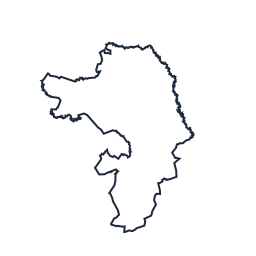 Gramzdas pag., Priekules, Latvia, rotated 236°
{"feature_id": "27541924B36591248558487", "entity_name": "Gramzdas pag.", "entity_type": "district", "adm_level": 2, "iso_a3": "LVA", "parent_name": "Latvia", "parent_adm1": "Priekules", "projection": "mercator", "projection_center": [21.675, 56.36], "detail": "fine", "context": "isolated", "style": "outline", "palette": "slate", "viewbox_px": 256, "rotation_deg": 236, "n_neighbors": 0, "source": "geoboundaries", "source_scale": "gbopen_adm2", "svg_char_len": 5914}
<svg xmlns="http://www.w3.org/2000/svg" viewBox="0 0 256 256"><g transform="rotate(236 128 128)"><path d="M55.4,117.7L58.5,119.6L65.4,122.2L64.7,123.6L64.3,126.5L65.8,127.3L65.6,128.7L66.0,129.6L64.7,130.2L64.4,131.0L63.5,130.8L63.2,131.4L62.0,134.7L60.4,140.9L65.9,144.2L73.1,146.8L73.8,153.5L76.3,151.3L76.7,150.4L82.9,150.9L84.8,156.8L87.1,159.4L86.4,160.4L86.5,162.5L85.6,163.3L84.6,165.3L85.1,167.2L85.1,169.8L84.1,172.8L85.2,174.2L84.3,175.2L84.4,176.3L85.4,176.1L86.2,176.7L86.2,177.9L85.5,178.0L85.7,178.5L86.5,178.3L87.0,178.9L87.6,178.4L87.7,179.0L88.5,178.9L88.6,178.5L88.2,178.0L89.8,177.6L90.6,178.5L91.3,178.4L91.5,179.0L92.4,178.9L93.3,179.5L93.5,179.3L93.3,178.8L92.6,178.5L93.6,177.2L95.4,177.3L96.0,176.7L98.5,178.3L99.1,177.6L100.0,177.5L100.0,177.0L100.3,177.6L101.1,177.5L101.1,178.0L102.0,177.9L102.4,178.6L102.8,177.9L103.0,178.6L103.9,178.5L104.7,180.3L105.0,180.0L104.8,179.6L105.6,180.1L106.9,179.2L106.9,179.8L107.5,179.6L107.2,180.0L108.5,181.4L109.2,181.1L109.5,180.3L109.9,180.7L109.8,180.0L110.1,179.5L110.7,179.9L111.2,179.4L111.5,179.9L112.4,179.4L112.7,179.6L112.3,179.8L112.6,180.4L113.4,180.3L113.9,179.7L113.6,178.7L114.8,178.7L115.1,178.9L114.3,179.2L114.5,180.0L114.3,181.1L116.6,181.1L116.4,181.5L117.1,181.9L116.7,182.3L117.7,183.0L116.8,183.4L117.2,183.7L118.7,183.9L119.3,183.3L119.9,184.2L120.6,184.1L120.9,183.8L121.0,182.7L121.8,183.3L121.8,182.8L122.7,182.7L123.3,183.5L124.2,183.5L124.1,184.0L124.6,184.4L124.2,184.6L124.8,185.2L126.6,185.6L127.0,186.4L126.9,187.0L127.4,187.5L129.2,186.9L128.7,186.2L129.3,185.6L131.7,186.8L132.0,186.6L131.8,186.1L133.5,185.9L133.7,186.7L134.4,187.3L136.1,188.0L136.2,188.7L137.8,188.7L138.0,189.1L136.9,190.1L137.7,190.6L139.3,190.5L139.7,191.5L139.3,191.9L139.6,192.9L140.5,192.3L140.5,193.6L141.1,193.4L141.8,194.7L143.2,194.6L143.8,195.9L145.5,195.3L145.7,194.9L145.1,194.5L145.9,194.0L145.9,193.4L147.9,193.2L148.8,193.9L149.6,193.2L149.3,192.7L149.5,192.4L150.8,193.7L151.7,193.9L152.7,193.4L153.8,195.4L154.3,195.3L153.9,194.2L155.3,195.1L156.8,194.8L156.3,193.7L156.5,193.4L158.5,195.7L159.1,195.2L160.0,195.3L160.4,194.6L161.3,194.9L161.0,193.7L161.6,193.2L162.7,193.6L163.1,193.1L162.7,192.7L163.0,192.4L165.1,192.1L167.7,192.7L167.2,193.1L168.3,193.7L168.1,193.0L169.0,193.4L169.4,192.8L169.9,193.5L170.6,193.4L170.2,192.8L170.5,192.3L172.2,192.8L172.5,191.7L174.9,193.2L175.3,192.9L174.9,192.0L175.8,191.5L177.6,191.9L178.1,192.6L178.5,192.3L181.5,193.0L181.9,192.7L181.9,192.1L183.3,192.8L184.4,192.0L184.8,190.4L184.0,189.3L185.1,188.5L184.8,186.9L185.0,186.7L184.8,186.5L185.0,186.2L184.7,185.3L184.9,184.3L185.6,184.0L185.2,183.7L185.8,183.2L187.6,183.4L189.4,182.1L190.1,182.4L189.9,181.8L190.8,181.2L191.5,178.4L191.9,178.2L191.7,177.3L192.8,177.1L193.0,176.4L193.8,175.8L193.9,174.7L194.3,174.4L193.9,173.8L194.6,172.5L195.7,172.1L195.6,170.2L196.1,170.5L196.4,169.7L196.9,170.1L198.2,169.1L199.3,169.1L199.2,168.5L199.4,167.7L200.3,167.2L200.5,166.0L201.8,165.5L201.7,165.2L202.2,165.1L202.4,164.4L203.7,164.6L204.1,164.1L203.8,163.8L204.2,163.8L204.4,163.1L205.5,163.2L205.4,162.2L206.9,162.8L207.6,160.8L208.1,160.7L207.9,160.4L208.4,159.9L209.1,159.8L208.8,158.4L209.4,156.5L208.0,156.4L206.7,154.1L203.4,155.4L202.2,156.8L199.3,154.9L201.7,153.1L201.8,152.4L203.2,150.7L205.8,152.1L206.2,150.1L206.2,146.7L203.8,146.4L199.1,144.8L196.5,141.3L197.7,138.7L194.1,134.2L192.0,133.4L191.3,133.8L191.2,135.3L190.6,136.5L188.2,131.7L188.9,130.9L188.3,129.7L188.2,129.0L191.4,123.2L191.6,121.8L192.9,120.8L192.9,119.6L193.7,118.5L193.2,117.9L194.1,117.5L194.4,118.5L195.2,118.3L195.4,117.0L196.5,116.5L195.0,114.2L196.6,113.6L197.0,111.9L195.8,111.6L196.1,110.1L208.0,101.0L207.5,98.9L210.3,97.6L215.0,92.7L217.3,92.6L218.1,92.1L215.7,86.2L215.2,84.2L215.5,82.8L214.8,83.1L213.0,81.8L212.1,82.1L212.4,81.5L211.1,80.9L211.2,81.9L210.9,82.0L210.4,81.3L210.7,80.3L209.5,80.4L209.4,79.9L209.7,79.6L208.8,79.4L207.3,79.6L207.4,79.3L206.9,79.2L206.9,78.6L204.7,79.9L203.1,79.4L203.3,79.9L203.1,80.0L202.5,79.3L201.9,80.0L200.9,79.4L200.0,79.8L199.9,80.3L198.1,80.6L197.8,81.6L197.1,81.4L191.7,87.3L188.5,87.5L184.6,81.8L184.3,81.3L184.5,80.7L183.6,78.8L186.3,74.9L185.5,74.5L184.8,73.2L184.2,73.4L183.9,74.1L183.2,73.8L183.0,72.8L183.9,72.6L183.3,71.9L181.4,72.5L181.3,73.1L181.9,74.0L181.3,74.3L178.6,72.8L178.3,73.5L176.8,73.8L176.1,74.6L176.6,75.3L176.6,75.8L175.4,77.1L175.4,78.8L174.6,78.4L174.2,78.8L174.7,79.5L174.4,80.1L172.7,79.4L172.2,79.8L172.2,80.6L171.7,81.6L173.2,83.1L171.8,83.8L171.9,84.7L172.4,85.9L172.0,86.6L170.0,87.4L168.5,86.5L168.2,85.7L167.6,86.3L167.6,85.8L167.1,85.6L166.7,86.3L166.2,85.5L163.9,86.5L163.9,87.5L164.3,88.3L165.3,88.3L165.0,89.6L164.6,90.0L163.0,89.7L163.2,91.3L164.2,90.9L164.4,92.4L163.9,93.1L162.4,93.0L162.1,93.6L162.7,94.4L163.9,93.7L166.3,93.9L164.7,99.5L161.6,101.4L145.0,103.5L141.9,104.7L136.8,104.7L134.6,114.2L132.8,115.4L132.3,116.8L130.4,117.0L130.2,116.5L128.4,117.7L125.9,117.6L125.6,117.8L125.7,118.3L124.3,118.7L123.9,119.4L123.6,119.0L123.2,119.4L117.8,119.3L117.0,119.6L116.6,120.5L114.8,120.8L114.3,119.8L112.0,119.6L109.9,117.7L108.9,118.0L108.2,116.5L106.8,116.9L107.0,115.9L104.3,114.7L103.5,113.5L103.7,111.4L105.3,111.9L108.5,110.0L108.1,109.0L110.0,108.2L107.9,102.8L112.6,101.0L112.4,99.3L114.7,97.6L119.0,97.4L121.6,98.5L121.1,95.8L120.4,95.0L120.5,93.4L119.9,92.8L121.2,92.0L120.7,91.0L120.9,89.4L118.0,88.9L116.8,87.6L113.4,78.4L105.6,78.2L102.8,82.6L102.4,86.4L101.2,89.1L101.7,89.0L100.4,94.8L97.7,95.5L97.8,94.0L97.4,94.1L96.7,92.7L97.2,91.7L95.8,91.2L91.2,88.0L88.0,84.6L84.5,76.0L83.6,76.6L78.9,75.8L75.6,74.6L65.3,73.6L61.1,72.0L60.4,68.8L60.4,67.4L60.8,66.1L57.9,60.2L57.3,60.1L52.9,63.7L52.8,64.6L49.5,68.0L48.2,70.2L43.9,66.7L43.1,68.4L42.7,71.2L40.0,74.2L39.8,77.9L40.2,78.8L37.9,86.9L40.8,90.0L43.5,90.8L42.4,98.3L45.7,102.0L48.8,108.3L53.6,109.3L56.5,112.1L57.6,114.7L55.4,117.7Z" fill="none" stroke="#1e293b" stroke-width="2"/></g></svg>